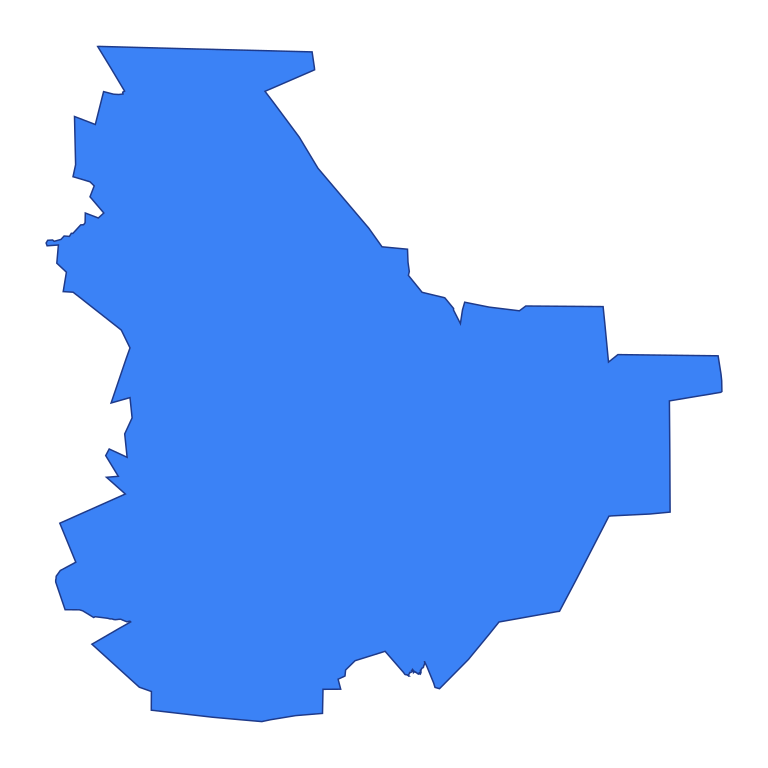 Arizpe, Sonora, Mexico
{"feature_id": "50627088B18728896927729", "entity_name": "Arizpe", "entity_type": "district", "adm_level": 2, "iso_a3": "MEX", "parent_name": "Mexico", "parent_adm1": "Sonora", "projection": "albers", "projection_center": [-110.149, 30.441], "detail": "fine", "context": "isolated", "style": "filled", "palette": "blue", "viewbox_px": 768, "rotation_deg": 0, "n_neighbors": 0, "source": "geoboundaries", "source_scale": "gbopen_adm2", "svg_char_len": 4566}
<svg xmlns="http://www.w3.org/2000/svg" viewBox="0 0 768 768"><path d="M91.9,644.2L139.3,687.2L151.4,691.5L151.3,707.0L151.3,710.2L212.3,717.2L218.9,717.8L240.0,719.7L261.9,721.6L263.1,721.3L270.7,719.7L295.7,715.6L322.5,713.4L323.0,689.3L340.7,689.2L338.1,679.2L345.0,676.0L345.6,670.0L355.1,660.7L385.1,651.3L403.8,672.8L404.2,673.5L404.7,674.1L404.8,674.3L405.1,674.5L405.3,674.5L405.5,674.6L405.8,674.7L406.1,674.7L406.3,674.7L406.6,674.7L406.8,674.7L406.9,674.8L407.0,674.9L407.1,675.0L407.3,675.0L407.5,675.2L407.7,675.3L408.0,675.5L408.3,675.5L408.5,675.8L408.7,676.1L408.8,676.1L408.9,675.9L409.0,675.9L408.9,675.8L408.8,675.7L408.7,675.6L408.6,675.4L408.6,675.2L408.6,674.8L408.7,674.6L408.9,674.3L409.1,674.0L409.3,673.7L409.5,673.4L409.5,673.2L409.5,672.9L409.7,672.7L409.8,672.5L410.0,672.6L410.3,672.6L410.6,672.4L410.8,672.3L411.0,672.3L411.4,672.1L412.1,671.7L412.3,671.5L412.3,671.4L412.4,671.2L412.4,670.8L412.4,670.7L412.5,670.5L412.5,670.4L412.4,670.4L412.5,670.3L412.5,670.2L412.3,670.1L412.2,670.1L412.3,670.0L412.4,669.9L412.5,669.8L412.5,669.7L412.4,669.4L412.5,669.3L412.6,669.5L412.7,669.8L412.9,669.9L412.9,670.0L413.0,670.1L413.2,670.3L413.3,670.6L413.4,670.9L413.5,671.0L413.4,671.3L413.4,671.5L413.5,671.8L413.5,672.1L413.6,672.4L413.6,672.5L413.8,672.3L413.9,672.0L413.9,671.9L413.8,671.7L414.0,671.4L414.3,671.3L414.5,671.3L414.7,671.6L414.9,671.7L415.0,671.8L415.0,672.0L415.3,672.3L415.5,672.3L415.6,672.2L415.8,672.1L416.3,672.6L416.5,672.7L416.7,672.8L416.8,673.0L417.1,673.2L417.2,673.3L417.3,673.3L417.5,673.4L417.8,673.5L417.9,673.8L418.0,673.9L418.1,674.0L418.4,674.1L418.6,674.1L418.8,674.1L418.8,673.9L418.7,673.8L418.6,673.7L418.9,673.6L419.0,673.5L418.9,673.4L418.9,673.2L419.0,673.1L419.0,673.3L419.1,673.5L419.3,673.1L419.3,672.9L419.6,672.6L419.8,672.5L420.0,672.4L420.2,672.6L420.2,672.9L420.3,673.1L420.2,673.6L420.3,673.9L420.4,674.0L420.5,673.8L420.5,673.7L420.7,673.4L420.7,673.2L420.6,672.9L420.6,672.7L421.0,672.4L421.0,672.2L420.9,672.1L420.9,671.8L420.9,671.0L420.9,670.9L421.0,670.8L421.0,670.7L420.9,670.7L420.6,670.7L420.4,670.6L420.4,670.3L420.5,670.2L421.1,669.7L421.2,669.4L421.4,669.2L421.5,669.1L421.6,668.8L421.6,668.7L421.8,668.4L421.9,668.2L422.1,668.2L422.3,668.1L422.5,667.9L422.8,667.7L423.0,667.7L423.2,667.4L423.5,667.1L423.6,666.9L423.5,666.6L423.5,666.4L423.6,666.1L423.7,665.9L423.8,665.6L424.1,665.1L424.2,664.9L424.3,664.6L424.5,664.1L424.6,663.8L424.6,663.7L424.8,663.4L424.8,663.0L424.8,662.9L424.8,662.7L424.7,662.5L424.6,662.3L424.5,661.7L424.4,661.3L424.4,661.2L427.0,666.8L433.6,682.9L435.0,687.4L439.5,688.7L468.5,659.4L470.5,656.9L471.5,655.7L489.2,634.2L499.0,622.0L557.1,611.6L559.5,611.3L576.4,579.3L608.9,516.2L611.3,515.9L650.0,514.0L670.1,512.1L669.8,450.5L669.6,426.0L669.4,400.9L720.8,392.3L721.9,391.5L721.7,380.8L721.0,374.1L718.1,355.8L617.9,354.6L608.5,362.1L604.8,323.3L603.1,306.6L525.8,306.0L519.4,310.8L489.1,307.1L474.6,304.2L464.7,302.2L462.5,309.8L460.4,323.6L453.5,310.0L453.6,308.5L444.8,297.8L422.1,292.3L408.4,275.4L409.3,271.5L408.0,262.2L407.5,249.2L382.0,246.8L368.8,228.2L349.1,205.0L318.0,168.3L299.3,137.2L273.8,102.9L265.0,91.3L314.6,69.8L314.4,67.6L312.1,51.9L262.6,50.6L217.5,49.5L216.7,49.5L214.3,49.4L196.4,49.0L162.8,48.1L162.4,48.1L98.9,46.4L97.7,46.5L110.4,67.3L124.6,91.1L122.7,92.2L123.0,94.0L118.8,94.5L113.6,94.2L103.6,91.6L95.3,124.5L74.5,116.5L75.6,164.7L73.0,176.7L90.0,181.8L94.2,185.9L90.0,196.8L103.8,213.0L98.3,218.0L85.3,213.0L85.1,222.7L83.6,224.7L80.7,224.9L72.9,233.4L71.3,233.3L69.4,236.4L64.1,236.0L61.0,239.4L54.2,241.3L52.6,240.0L47.7,240.3L46.1,243.0L47.1,245.8L58.4,245.0L56.8,263.2L66.4,272.2L63.2,291.6L73.1,292.2L75.9,294.4L80.2,297.7L86.0,302.3L112.7,323.3L121.3,330.1L130.0,347.9L126.2,358.5L111.1,403.0L130.0,397.6L132.1,417.9L124.7,433.9L127.1,457.3L109.2,449.0L105.7,455.6L118.3,476.3L106.5,477.3L125.3,494.0L59.8,523.2L75.8,562.2L60.3,570.5L56.2,576.2L56.0,579.1L55.7,579.8L55.7,582.0L65.1,609.7L79.4,609.8L82.7,610.8L93.7,617.5L95.1,616.7L106.4,618.1L107.8,618.3L108.9,618.6L109.9,618.9L110.8,618.9L111.5,618.9L112.0,618.9L112.2,619.0L112.5,619.1L113.4,619.4L113.8,619.5L114.0,619.6L114.5,619.6L115.3,619.7L116.3,619.6L117.4,619.5L118.7,619.3L119.5,619.3L119.8,619.2L120.3,619.2L120.9,619.3L121.8,619.7L122.1,619.8L122.4,620.0L124.0,620.6L124.8,621.0L126.2,621.5L126.4,621.6L126.6,621.7L126.9,621.8L127.1,621.7L127.5,621.7L127.8,621.6L128.2,621.5L128.6,621.4L129.0,621.3L129.6,621.2L129.8,621.2L130.1,621.3L130.5,621.6L130.7,621.9L119.0,628.5L91.9,644.2Z" fill="#3b82f6" stroke="#1e3a8a" stroke-width="1.5"/></svg>